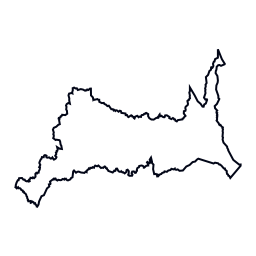 outline of Marabá, Pará, Brazil
{"feature_id": "56859067B94284230308872", "entity_name": "Marabá", "entity_type": "district", "adm_level": 2, "iso_a3": "BRA", "parent_name": "Brazil", "parent_adm1": "Pará", "projection": "equal_earth", "projection_center": [-50.041, -5.525], "detail": "fine", "context": "isolated", "style": "outline", "palette": "ink", "viewbox_px": 256, "rotation_deg": 0, "n_neighbors": 0, "source": "geoboundaries", "source_scale": "gbopen_adm2", "svg_char_len": 5836}
<svg xmlns="http://www.w3.org/2000/svg" viewBox="0 0 256 256"><path d="M224.8,63.9L221.9,59.2L217.9,49.3L217.9,57.7L215.1,59.1L214.5,61.5L213.8,61.7L213.0,63.8L213.4,65.8L213.1,66.7L212.4,67.8L211.3,67.2L211.1,67.5L211.0,69.7L209.4,71.0L208.1,74.9L205.9,77.1L206.6,83.0L205.5,84.8L205.8,86.1L205.1,88.7L205.5,89.7L205.2,90.9L205.5,93.1L204.0,97.6L205.4,99.6L206.8,99.3L207.1,99.9L205.8,103.5L204.2,104.5L203.6,106.7L202.5,106.6L200.6,103.8L197.7,101.3L194.6,95.3L189.9,87.4L189.9,91.1L189.3,92.6L189.9,95.5L189.7,96.8L190.0,98.3L188.6,99.7L188.8,100.0L187.4,101.0L188.0,103.9L187.7,105.0L185.7,106.7L185.3,108.0L185.7,109.6L185.4,110.8L183.9,111.2L183.8,113.5L185.5,115.9L184.0,117.3L183.4,118.4L182.6,118.6L182.4,119.4L177.9,120.1L176.8,121.4L175.4,120.7L175.1,119.5L174.0,119.3L173.8,118.6L172.9,118.0L171.4,119.1L169.3,118.1L169.5,117.0L166.8,115.3L165.2,115.4L164.6,117.1L164.1,117.3L162.6,116.8L161.5,115.8L160.7,116.2L160.0,115.6L159.7,114.4L159.1,115.2L159.2,116.0L158.5,117.5L157.9,117.0L157.3,117.9L156.3,117.9L153.7,119.6L151.4,119.5L149.3,118.2L148.1,116.1L148.2,114.1L146.2,112.9L145.6,113.1L145.5,113.7L144.1,113.9L143.5,114.8L141.7,115.1L141.3,115.6L141.0,116.9L139.2,116.6L138.6,117.2L137.2,115.8L135.3,116.6L134.5,118.5L133.8,118.0L133.5,116.9L132.2,116.5L132.1,115.8L131.2,115.3L128.5,117.1L127.8,116.6L127.0,115.0L125.7,115.1L125.5,113.5L121.4,112.9L120.9,111.1L119.8,110.7L118.6,111.7L116.7,110.3L115.7,110.3L115.3,110.9L114.2,109.9L113.6,110.4L112.9,109.2L111.3,109.2L108.8,105.7L107.4,106.1L105.9,104.6L104.4,104.0L103.8,102.9L101.8,103.1L99.3,101.8L99.2,99.8L98.3,99.8L97.4,99.1L94.4,99.8L93.8,99.3L93.3,99.8L92.9,97.4L91.0,95.4L90.9,88.6L90.0,88.6L88.4,90.0L87.2,89.5L86.6,90.4L85.9,90.2L85.1,90.7L83.1,89.6L80.8,89.1L77.8,90.0L76.8,88.3L75.6,88.5L74.1,87.6L72.7,88.2L72.8,90.3L72.2,92.2L72.4,93.4L71.5,93.0L69.1,93.6L68.5,95.3L69.3,98.4L69.2,100.3L69.9,103.7L68.3,103.0L66.7,104.1L66.0,105.6L66.5,106.8L66.2,109.5L66.9,110.7L67.2,113.7L65.3,115.1L62.2,114.8L62.1,115.5L60.7,116.3L60.5,117.3L58.8,117.9L58.6,118.7L59.4,119.3L59.1,120.2L59.8,124.2L58.3,124.8L56.3,126.7L53.8,127.8L52.9,129.7L53.8,132.5L53.3,134.3L53.8,135.1L53.7,136.9L53.2,138.1L55.6,140.0L56.6,139.7L59.5,140.2L60.1,141.3L60.6,144.6L61.3,145.7L61.9,149.0L59.6,148.7L57.1,147.1L57.7,149.4L57.3,150.8L56.7,150.9L56.7,152.0L55.9,152.5L56.3,154.0L55.2,155.8L56.5,157.1L55.9,158.4L54.3,159.5L53.8,159.6L52.4,157.4L51.5,158.5L50.6,158.6L49.2,157.4L47.4,157.7L46.5,157.4L46.2,156.7L46.5,155.7L45.6,155.2L44.5,155.2L43.9,156.0L43.7,157.2L41.9,157.1L41.5,158.7L40.7,159.4L39.4,162.4L39.4,163.2L40.3,164.9L39.2,167.1L40.0,167.4L39.7,169.5L38.8,171.2L38.6,172.7L37.7,172.7L37.1,173.4L36.3,172.8L35.4,173.8L35.5,176.7L34.2,178.1L33.1,177.4L32.7,177.4L32.5,178.2L30.5,177.8L30.1,178.9L29.2,179.5L29.7,181.2L28.8,181.6L28.0,180.8L27.0,181.4L25.5,180.9L24.6,179.6L23.4,179.7L22.0,178.0L19.1,178.2L18.6,180.2L17.8,180.2L16.6,182.5L15.7,185.3L16.0,186.3L15.4,187.1L16.8,188.4L18.1,187.2L18.7,188.3L19.9,188.2L20.7,188.8L21.1,189.8L22.8,190.6L22.9,191.7L23.9,191.8L24.2,192.9L25.5,193.6L26.2,194.8L26.6,196.4L27.1,196.8L27.3,198.5L28.1,199.6L27.8,200.3L28.3,201.3L30.4,201.0L30.7,202.8L31.6,202.5L32.0,201.4L32.4,201.5L33.8,202.5L34.3,203.6L35.2,203.3L35.6,204.7L36.8,205.4L36.7,206.5L37.2,206.7L38.5,204.6L39.1,201.4L41.5,196.2L43.9,195.2L47.0,188.4L49.3,186.5L48.9,184.4L50.3,184.1L50.5,183.4L50.0,181.6L53.6,178.8L54.0,179.4L54.6,178.6L55.5,178.5L56.3,180.0L57.5,180.5L58.2,179.8L60.4,180.2L61.5,180.0L62.5,179.0L63.6,179.3L64.3,178.8L64.7,179.5L65.9,178.7L67.1,180.2L68.0,180.4L70.3,179.4L71.1,178.0L72.5,177.3L73.2,171.4L74.0,170.5L76.0,172.7L77.3,171.8L78.7,171.6L81.0,172.5L84.4,172.9L85.7,171.6L86.6,172.1L86.7,171.0L87.6,169.7L88.5,169.5L88.9,168.4L89.8,168.8L90.3,167.8L91.9,168.0L92.5,167.2L94.0,167.7L94.3,166.7L95.2,165.6L97.1,166.3L98.4,165.5L101.0,168.0L102.2,167.6L103.2,167.9L104.5,166.5L105.3,166.7L106.0,168.2L106.9,168.3L107.1,169.3L107.9,169.9L108.3,170.9L112.7,172.5L114.2,170.7L114.8,171.1L115.4,170.8L116.1,168.7L116.6,168.6L117.1,168.6L118.3,170.9L119.3,171.7L121.0,171.8L121.3,171.3L122.4,172.4L123.1,172.2L124.7,173.4L126.2,172.1L126.6,170.1L127.6,169.7L128.8,171.2L128.6,174.1L128.2,174.8L128.6,175.3L129.6,175.8L132.1,175.7L132.5,174.7L131.6,173.2L132.2,171.6L133.8,171.4L135.1,172.9L136.0,172.6L136.3,171.3L137.0,170.8L136.9,169.3L137.5,167.9L138.9,167.3L139.2,166.0L141.5,165.5L142.6,165.8L143.7,166.5L143.8,167.7L144.2,167.7L146.2,165.8L148.2,165.5L147.7,163.3L147.0,162.4L147.4,161.9L149.6,163.3L150.0,162.9L150.3,162.3L149.7,159.7L151.0,157.6L152.0,161.7L152.1,163.2L153.5,164.6L153.1,169.2L154.2,174.1L155.9,173.9L157.0,175.2L157.2,176.4L158.1,176.3L158.2,174.8L159.0,175.3L160.1,174.3L161.3,174.0L162.2,172.9L164.0,172.4L164.5,171.4L166.9,171.8L168.3,170.5L170.5,170.0L171.4,168.8L173.6,169.4L174.8,168.6L175.0,169.4L176.2,169.8L177.7,169.4L179.5,170.8L182.9,170.5L186.3,166.5L189.6,165.0L192.6,162.1L195.2,161.5L196.8,159.7L198.3,158.7L213.6,163.5L215.0,162.7L218.1,163.3L219.3,164.6L220.0,164.5L221.4,165.6L223.8,168.4L224.9,168.5L225.1,169.6L226.8,171.1L226.7,172.4L227.1,174.0L228.0,174.5L228.4,175.8L229.3,176.0L230.3,178.0L240.6,165.8L240.6,164.5L239.2,164.6L233.3,159.9L228.2,150.3L228.2,149.6L227.2,147.8L227.1,146.6L223.5,142.6L222.6,139.5L223.0,137.4L222.5,136.7L222.9,132.2L222.6,131.1L223.0,129.2L222.5,128.6L222.9,127.4L221.7,126.7L220.5,124.9L219.9,125.2L219.2,124.7L218.8,123.4L216.6,120.6L217.1,119.8L216.9,119.1L217.2,117.8L216.8,117.2L217.3,116.3L216.9,115.4L217.4,114.9L216.8,113.7L217.2,113.0L216.5,112.5L216.7,111.1L217.2,110.5L215.1,108.3L214.7,106.1L216.9,104.0L219.3,99.0L218.4,98.1L218.3,95.8L216.1,89.5L216.4,85.4L217.6,82.7L217.9,80.6L217.4,76.0L215.6,73.1L215.9,70.7L216.4,69.8L216.7,66.8L218.2,65.2L219.5,65.0L221.0,65.8L224.6,64.3L224.8,63.9Z" fill="none" stroke="#020617" stroke-width="2"/></svg>